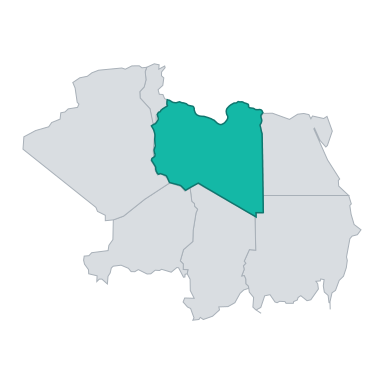 Libya highlighted among its neighbors
{"feature_id": "LBY", "entity_name": "Libya", "entity_type": "country or territory", "adm_level": 0, "iso_a3": "LBY", "parent_name": "Africa", "parent_adm1": "", "projection": "natural_earth1", "projection_center": [17.634, 26.339], "detail": "fine", "context": "with_neighbors", "style": "filled", "palette": "teal", "viewbox_px": 384, "rotation_deg": 0, "n_neighbors": 6, "source": "natural_earth", "source_scale": "50m", "svg_char_len": 6687}
<svg xmlns="http://www.w3.org/2000/svg" viewBox="0 0 384 384"><path d="M261.1,313.3L255.5,309.6L252.9,307.1L253.6,297.4L249.3,292.1L248.5,286.4L245.8,283.8L245.7,278.9L244.2,275.6L241.6,276.1L244.2,269.4L243.4,265.8L245.8,263.2L244.2,261.2L249.4,249.6L255.7,250.2L255.1,212.7L263.4,212.6L263.2,195.5L348.7,195.5L351.3,203.9L349.8,205.5L351.1,214.3L354.1,224.5L361.0,229.8L357.4,234.7L352.1,236.1L349.9,238.7L346.5,257.0L347.3,260.4L346.3,267.7L343.5,276.2L339.2,280.4L335.5,290.4L332.0,292.8L330.0,301.7L330.2,309.4L330.0,302.8L329.0,302.6L328.1,295.4L324.3,292.0L323.3,285.9L324.1,279.6L320.7,279.0L320.3,280.9L315.9,281.3L317.7,283.8L318.4,289.0L310.8,299.8L307.0,300.7L300.8,295.7L298.1,297.5L297.3,300.0L293.6,301.6L293.3,303.3L286.0,303.3L285.0,301.6L279.7,301.3L277.1,302.7L275.0,302.0L270.0,294.7L264.7,295.8L260.8,307.4L256.1,310.0L261.1,313.3Z" fill="#d9dde1" stroke="#a8b0b8" stroke-width="1"/><path d="M255.0,216.3L255.7,250.2L249.4,249.6L244.2,261.2L245.8,263.2L243.4,265.8L244.2,269.4L241.6,276.1L244.2,275.6L245.7,278.9L245.8,283.8L248.5,286.4L248.5,288.4L243.8,289.9L240.1,293.3L234.9,302.7L228.0,306.6L218.8,306.9L219.5,309.9L212.6,316.2L203.3,319.5L200.3,317.4L198.9,319.5L192.8,320.2L194.0,317.9L190.6,308.5L187.5,307.0L183.1,302.0L184.7,298.0L194.2,298.3L190.3,290.6L190.1,279.2L187.2,273.8L187.9,269.7L183.2,269.5L183.3,264.0L180.3,260.9L183.5,249.6L192.8,241.5L193.2,230.4L196.0,213.0L197.6,209.3L194.6,206.4L194.5,203.7L191.8,201.4L190.1,188.1L197.4,183.4L255.0,216.3Z" fill="#d9dde1" stroke="#a8b0b8" stroke-width="1"/><path d="M190.1,188.1L191.8,201.4L194.5,203.7L194.6,206.4L197.6,209.3L196.0,213.0L193.2,230.4L192.8,241.5L183.5,249.6L180.3,260.9L183.3,264.0L183.2,269.5L187.9,269.7L187.2,273.8L185.1,274.3L184.9,277.0L183.5,277.2L178.6,267.8L176.9,267.5L171.2,272.2L161.6,269.3L159.5,270.5L155.2,270.2L150.8,273.8L147.1,274.0L138.3,269.6L134.8,271.7L131.1,271.6L128.4,268.3L121.1,265.2L113.2,266.2L111.3,268.0L110.2,272.9L108.0,276.4L107.4,284.0L101.9,279.1L99.3,279.1L96.8,281.6L97.1,275.8L88.7,273.8L88.5,269.7L84.5,264.1L83.6,260.2L84.2,256.1L88.9,255.7L91.7,252.7L108.1,250.6L108.9,245.3L112.9,239.6L113.3,219.9L123.6,216.1L144.8,199.2L169.7,182.9L181.0,186.6L185.0,191.3L190.1,188.1Z" fill="#d9dde1" stroke="#a8b0b8" stroke-width="1"/><path d="M152.7,124.2L150.0,108.8L140.2,98.1L139.8,91.7L144.2,86.9L146.0,79.8L145.2,71.7L146.7,67.3L154.3,63.8L159.1,64.8L158.8,69.2L164.7,66.0L165.1,67.7L161.6,71.9L161.5,75.8L163.8,77.9L162.8,85.4L158.1,89.7L159.3,94.3L162.9,94.5L164.6,98.6L167.2,99.9L166.7,106.5L156.2,115.0L156.2,122.2L152.7,124.2Z" fill="#d9dde1" stroke="#a8b0b8" stroke-width="1"/><path d="M23.0,149.2L23.9,136.8L35.7,130.5L48.7,126.8L51.7,122.5L60.1,119.1L60.8,112.8L64.9,112.0L68.2,108.9L77.5,107.4L78.9,104.1L77.2,102.3L75.1,88.0L72.8,82.5L79.8,77.8L87.3,76.3L91.9,72.8L98.7,70.2L121.8,68.0L125.3,69.2L131.9,65.9L139.2,65.8L142.0,67.8L146.7,67.3L145.2,71.7L146.0,79.8L144.2,86.9L139.8,91.7L140.2,98.1L150.0,108.8L154.8,131.8L153.2,151.4L153.7,156.8L150.8,160.4L154.9,166.6L155.2,170.3L157.6,175.1L161.0,173.5L166.6,177.5L169.7,182.9L144.8,199.2L123.6,216.1L113.3,219.9L105.3,220.7L105.3,215.3L97.5,211.4L95.9,207.4L23.0,149.2Z" fill="#d9dde1" stroke="#a8b0b8" stroke-width="1"/><path d="M348.7,195.5L263.2,195.5L262.2,133.4L260.0,126.5L261.7,121.2L260.5,117.5L263.0,113.4L272.4,113.2L289.5,119.4L297.7,114.2L303.8,113.5L308.9,114.6L310.9,118.8L312.5,116.0L323.7,118.5L327.0,116.4L332.3,131.1L327.4,145.5L325.8,147.0L320.0,140.4L314.5,128.1L313.8,128.9L327.6,160.0L339.7,179.0L338.3,180.5L338.7,186.1L348.7,195.5Z" fill="#d9dde1" stroke="#a8b0b8" stroke-width="1"/><path d="M152.9,124.9L153.8,124.4L155.0,123.9L155.6,123.5L155.9,123.2L156.8,121.9L157.3,121.1L157.9,120.1L158.2,119.4L158.2,118.8L158.2,118.0L157.7,116.1L157.3,114.3L157.7,113.6L157.9,113.2L158.5,112.4L158.7,112.2L159.9,111.9L160.4,111.4L160.8,110.6L160.9,110.3L161.4,109.9L162.0,109.5L162.4,109.0L163.7,108.2L164.8,107.5L166.2,106.7L167.2,106.1L167.5,105.6L167.4,105.2L166.9,104.2L166.9,103.0L167.0,102.0L167.0,101.4L167.3,99.7L168.4,100.1L169.5,100.3L172.7,102.3L173.7,102.5L176.0,102.8L178.7,102.0L179.7,101.8L181.5,102.6L182.3,102.8L183.6,102.9L185.8,103.6L186.4,103.8L187.7,104.9L188.3,105.3L192.9,106.3L193.6,107.0L194.2,108.3L194.2,109.9L194.6,111.1L195.1,112.6L195.8,113.7L196.6,114.6L197.5,115.2L199.5,116.0L201.8,116.3L204.1,116.4L208.1,117.6L211.5,118.9L212.4,119.5L214.1,120.2L217.4,123.3L219.3,124.3L220.6,124.6L221.8,124.4L223.9,123.3L224.8,122.6L226.9,120.0L227.6,118.6L227.8,117.6L227.8,116.6L227.5,115.7L226.9,114.7L226.5,113.5L226.2,111.2L226.5,109.7L226.9,108.7L227.6,107.8L229.3,106.0L231.0,104.7L234.1,103.0L235.9,103.0L236.6,102.8L238.1,101.6L238.7,101.6L239.5,101.9L242.0,101.8L243.0,102.1L244.3,102.9L245.9,103.3L247.1,103.8L248.3,104.4L248.6,105.8L248.5,106.3L248.5,106.8L249.7,107.8L253.3,108.3L254.0,108.6L255.0,109.3L255.7,109.6L258.1,109.7L259.6,109.5L260.9,109.8L261.4,110.1L262.0,110.7L262.6,112.1L262.9,112.6L262.6,112.9L262.3,113.4L262.0,113.8L261.4,114.6L260.9,115.4L260.9,116.5L261.1,117.7L261.5,118.9L261.8,120.2L261.7,121.0L261.5,122.0L261.2,122.9L260.1,124.7L260.0,125.1L260.1,125.7L260.7,127.8L260.8,128.5L261.2,130.5L261.6,132.2L262.0,133.5L262.1,133.9L262.1,135.8L262.2,137.7L262.2,139.7L262.2,141.6L262.3,143.5L262.3,145.4L262.3,147.4L262.4,149.3L262.4,151.2L262.4,153.2L262.5,155.1L262.5,157.0L262.5,158.9L262.6,160.9L262.6,162.8L262.6,164.7L262.6,166.7L262.7,168.6L262.7,170.5L262.7,172.4L262.8,174.4L262.8,176.3L262.8,178.2L262.8,180.1L262.9,182.1L262.9,184.0L262.9,185.9L263.0,187.8L263.0,189.8L263.0,191.7L263.0,193.6L263.1,195.6L263.1,199.8L263.2,204.1L263.2,208.4L263.3,212.6L263.2,212.7L261.4,212.7L259.6,212.7L257.8,212.7L256.0,212.7L256.1,213.8L256.1,214.8L256.1,215.9L256.1,217.0L252.6,214.9L249.1,212.9L245.6,210.9L242.2,208.9L238.7,206.8L235.2,204.8L231.7,202.8L228.3,200.8L224.8,198.7L221.3,196.7L217.9,194.7L214.4,192.6L211.0,190.6L207.5,188.6L204.1,186.6L200.7,184.5L198.3,183.1L195.7,184.5L193.7,185.6L191.1,187.0L188.0,188.8L185.7,190.2L185.4,190.2L183.0,187.8L181.1,185.9L180.3,185.4L176.7,184.4L173.2,183.5L169.5,182.5L168.8,181.0L168.1,179.3L167.1,177.2L166.4,175.9L166.2,175.7L163.4,174.6L160.4,173.6L158.6,174.2L158.3,174.2L157.8,173.8L157.3,173.3L157.1,172.6L156.4,171.6L155.7,169.3L155.7,167.6L155.6,166.9L154.1,164.4L152.7,162.1L151.7,160.6L151.6,159.9L151.7,159.1L152.1,158.3L153.5,157.4L154.7,156.5L154.9,155.8L155.0,153.9L154.6,153.3L154.4,152.2L154.1,150.7L154.1,149.8L154.7,147.9L155.3,145.9L155.0,143.6L154.7,139.2L155.0,135.7L154.9,134.4L154.8,133.9L154.4,132.3L153.9,130.6L153.7,130.0L153.0,128.6L152.0,126.9L151.4,125.9L152.2,125.3L152.9,124.9Z" fill="#14b8a6" stroke="#0f766e" stroke-width="1.5"/></svg>